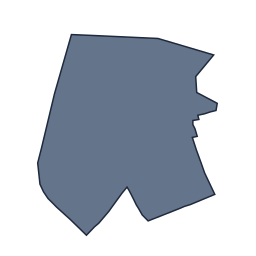 outline of Onitsha South, Anambra, Nigeria, rotated 82°
{"feature_id": "59680162B59497895637604", "entity_name": "Onitsha South", "entity_type": "district", "adm_level": 2, "iso_a3": "NGA", "parent_name": "Nigeria", "parent_adm1": "Anambra", "projection": "robinson", "projection_center": [6.781, 6.141], "detail": "fine", "context": "isolated", "style": "filled", "palette": "slate", "viewbox_px": 256, "rotation_deg": 82, "n_neighbors": 0, "source": "geoboundaries", "source_scale": "gbopen_adm2", "svg_char_len": 740}
<svg xmlns="http://www.w3.org/2000/svg" viewBox="0 0 256 256"><g transform="rotate(82 128 128)"><path d="M218.0,192.1L228.4,184.1L221.1,174.8L218.2,170.2L207.8,158.5L204.3,155.2L191.8,143.1L186.4,137.2L189.8,135.7L194.0,134.2L200.2,132.1L205.5,130.4L208.8,128.9L216.1,126.0L222.8,121.0L214.8,87.8L213.5,83.1L212.5,76.9L205.8,51.3L183.1,58.4L173.1,60.4L159.0,63.4L146.3,65.6L145.9,60.6L138.0,61.8L133.6,63.3L129.6,62.7L129.4,56.6L125.1,57.1L124.6,50.3L123.5,44.1L122.9,38.4L116.0,36.2L102.4,55.0L86.5,53.8L67.6,33.0L43.5,85.9L41.8,95.0L31.3,150.9L27.6,171.0L83.8,196.0L135.2,216.2L150.1,222.3L171.4,223.0L179.5,220.5L186.7,217.0L191.8,213.1L196.3,209.8L210.3,198.1L218.0,192.1Z" fill="#64748b" stroke="#1e293b" stroke-width="1.5"/></g></svg>